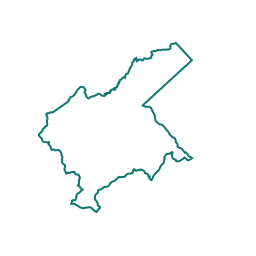 an SVG outline of North-Western, rotated 138°
{"feature_id": "ZMB-521", "entity_name": "North-Western", "entity_type": "Province", "adm_level": 1, "iso_a3": "ZMB", "parent_name": "Zambia", "parent_adm1": "", "projection": "albers", "projection_center": [25.141, -12.794], "detail": "fine", "context": "isolated", "style": "outline", "palette": "teal", "viewbox_px": 256, "rotation_deg": 138, "n_neighbors": 0, "source": "natural_earth", "source_scale": "10m", "svg_char_len": 5873}
<svg xmlns="http://www.w3.org/2000/svg" viewBox="0 0 256 256"><g transform="rotate(138 128 128)"><path d="M35.5,159.1L35.2,135.6L102.0,135.0L101.6,133.8L101.0,132.7L100.3,131.7L98.4,129.9L97.8,128.9L97.5,127.9L97.7,126.5L98.3,125.0L99.5,120.1L99.9,119.1L102.5,115.3L102.8,114.7L102.9,114.1L102.5,112.6L102.4,110.5L102.0,109.6L101.2,108.8L100.5,107.7L100.3,106.2L100.7,97.1L101.4,95.4L101.4,95.1L101.3,94.2L101.1,91.7L100.2,89.6L100.2,88.7L100.4,88.0L101.0,86.7L101.9,85.3L102.0,84.9L101.9,83.5L102.0,82.7L102.4,82.2L103.4,81.4L103.7,80.9L103.7,80.5L102.2,77.2L102.0,76.4L102.2,71.5L101.5,71.4L101.3,71.0L101.5,69.6L101.4,67.8L101.8,66.5L101.6,66.0L101.0,65.0L100.8,64.4L100.5,62.8L101.7,62.8L103.2,63.1L104.7,63.6L105.4,64.3L105.2,65.6L105.6,67.0L105.6,68.1L105.8,68.5L107.1,68.2L107.7,68.2L109.6,68.7L111.4,68.8L112.2,69.1L113.1,69.7L114.0,70.5L114.4,71.1L114.3,71.5L113.7,72.2L113.7,72.6L113.9,73.0L114.7,73.8L114.9,74.4L114.9,75.1L114.7,76.5L113.4,78.8L113.0,79.2L111.6,79.6L111.2,80.0L111.5,80.6L112.0,80.9L114.0,81.0L114.8,81.4L115.9,82.5L116.6,82.8L117.3,82.8L118.0,82.7L119.4,82.2L120.5,82.1L120.7,81.8L120.9,81.1L121.4,80.6L122.8,80.1L124.1,78.6L125.4,78.1L127.9,78.1L129.2,77.8L131.7,76.6L133.1,76.1L134.3,76.2L139.1,75.8L141.1,75.4L144.2,73.8L145.3,73.6L145.7,74.0L145.8,76.6L144.4,77.4L145.2,78.3L144.9,78.9L144.2,79.6L144.2,80.5L144.5,81.1L145.5,83.1L145.4,83.4L145.0,83.9L144.9,84.2L144.9,85.2L145.8,87.9L146.4,88.8L146.7,88.9L147.8,89.1L148.5,89.9L150.4,90.8L151.0,91.3L151.0,91.8L150.7,92.7L150.9,93.1L151.4,93.4L152.1,93.3L152.8,92.8L153.6,92.6L153.8,91.9L154.1,91.7L155.6,91.8L156.8,92.5L157.8,93.5L159.1,94.2L159.7,94.3L161.6,94.3L162.0,94.3L162.9,93.9L163.2,94.0L165.3,95.7L166.0,96.0L166.5,96.4L167.0,97.4L167.5,97.7L173.7,97.7L174.4,98.0L175.8,98.8L177.0,98.7L177.7,99.0L178.1,99.0L179.4,98.3L180.7,98.1L181.9,98.1L182.7,98.3L184.4,99.7L185.6,100.1L188.3,100.3L189.5,100.6L190.7,101.4L191.3,101.7L192.0,101.5L192.5,101.1L192.9,100.5L193.4,100.1L195.8,100.2L197.2,99.9L198.5,99.2L199.6,98.1L200.3,96.8L200.4,94.0L200.8,92.6L202.1,90.9L202.2,90.0L201.8,88.6L201.8,87.9L202.2,87.4L203.6,87.5L204.8,87.1L206.3,87.0L207.4,86.6L208.0,87.4L208.3,89.0L208.5,90.6L208.4,91.8L209.2,94.7L215.3,98.6L216.9,101.4L217.0,102.7L218.6,107.4L219.1,108.1L220.8,109.6L219.3,110.6L218.7,110.9L218.2,111.5L217.7,111.3L216.8,111.1L216.7,110.9L216.7,110.5L215.5,109.6L215.0,109.7L213.8,110.6L213.2,110.8L212.5,111.5L211.4,112.1L210.8,112.8L210.4,113.0L206.3,112.5L204.9,112.7L203.0,112.5L203.4,114.3L203.4,115.4L203.1,116.1L203.1,116.9L203.4,118.1L203.8,118.7L203.4,118.9L202.1,119.1L201.5,119.4L199.4,122.1L198.8,122.4L197.9,122.6L197.4,122.8L196.8,123.6L196.4,125.4L196.0,126.2L196.1,126.5L196.7,127.1L196.9,127.6L197.9,128.6L198.1,129.0L197.9,129.5L197.2,130.9L197.2,131.2L197.3,131.4L198.2,132.0L198.8,132.6L199.7,133.0L200.3,133.4L201.2,133.5L201.4,133.6L201.8,134.2L202.2,134.4L202.4,134.9L202.6,135.0L203.7,135.0L204.2,135.2L203.3,139.0L203.1,139.5L202.5,140.3L200.4,141.6L199.9,142.3L199.8,143.4L199.9,143.9L200.2,144.7L200.4,145.6L200.1,146.5L199.4,147.5L198.7,147.9L198.4,148.1L197.9,149.2L196.3,150.0L196.1,150.4L195.6,152.3L194.7,153.3L194.1,154.7L194.0,156.9L194.3,158.0L194.9,158.6L196.6,159.7L197.2,160.5L197.4,161.4L197.8,161.9L199.2,162.7L199.4,163.0L199.3,163.6L198.3,165.3L198.0,166.0L197.9,166.9L197.8,169.4L197.3,169.7L196.3,170.0L196.2,170.3L196.4,170.6L197.6,171.3L198.0,171.6L199.6,173.7L200.1,174.8L200.2,175.5L200.1,176.2L199.2,177.6L199.3,181.7L199.1,182.3L198.4,182.9L194.3,183.1L193.8,183.3L192.7,184.0L192.1,184.2L189.4,184.0L189.0,184.1L188.8,184.4L188.6,184.5L188.2,184.4L187.2,184.0L186.7,184.0L186.1,184.2L185.4,184.9L184.0,187.0L181.9,188.6L180.6,190.2L180.2,190.9L180.0,192.6L178.8,193.1L178.5,193.2L178.2,193.1L177.5,192.3L176.0,191.6L175.2,191.4L174.4,191.1L173.6,190.0L155.4,187.7L154.3,187.8L153.0,188.7L152.2,188.7L150.9,189.2L149.5,189.3L148.9,188.9L148.0,188.6L145.4,188.4L144.3,188.9L142.9,189.2L141.3,189.9L140.0,190.2L138.1,190.1L136.6,190.4L135.9,190.3L135.1,189.8L133.9,188.3L133.7,187.6L133.9,186.5L133.8,185.2L134.1,184.7L136.0,183.9L136.7,183.1L136.8,181.5L137.0,180.7L137.7,179.5L137.9,178.7L137.9,177.2L137.7,176.7L137.1,176.1L136.9,176.0L135.6,176.3L135.3,176.2L131.0,174.1L128.6,173.6L126.6,172.9L126.0,171.8L126.0,170.4L125.6,169.3L124.0,167.5L123.7,167.5L123.0,167.8L122.8,168.1L122.7,168.8L122.4,168.8L122.3,168.7L122.4,167.7L121.6,167.5L121.6,168.3L121.4,168.5L120.7,168.3L120.3,168.3L119.9,167.6L119.2,167.2L118.2,166.1L117.7,166.5L117.4,166.6L117.7,167.1L116.4,167.3L116.0,167.6L115.8,167.6L115.4,167.0L115.0,167.4L114.6,167.4L113.1,166.9L112.9,166.7L112.9,166.1L112.7,165.7L112.3,165.3L112.0,165.2L111.9,165.5L111.6,165.9L111.6,166.1L112.0,166.5L112.0,166.8L111.1,166.7L109.7,165.7L109.4,165.7L108.5,166.1L108.1,166.5L107.2,166.5L106.8,167.1L106.2,167.4L105.8,167.4L105.3,167.1L105.0,167.1L104.8,167.3L104.4,168.1L104.2,168.2L103.7,167.8L102.6,168.7L101.8,169.0L101.4,168.9L100.4,168.5L99.1,168.9L98.0,168.6L97.3,168.6L96.8,168.5L96.6,168.1L96.6,167.4L96.2,167.6L95.5,168.4L94.4,168.7L93.3,169.4L92.7,169.2L92.2,168.8L91.7,168.6L91.1,168.8L90.0,169.4L88.7,169.8L86.9,171.0L83.6,171.9L82.6,172.4L81.3,173.6L80.9,173.7L79.8,173.6L79.3,173.7L78.4,174.5L77.9,174.8L76.6,174.8L76.7,174.2L76.6,173.8L75.2,174.3L75.4,173.6L76.7,171.7L76.3,171.5L73.8,171.3L73.3,171.1L73.0,170.9L72.7,170.3L72.4,168.8L71.9,168.4L71.1,168.4L70.1,168.8L69.5,168.9L69.2,168.9L68.9,168.5L68.6,167.7L68.0,166.9L65.1,165.1L64.3,164.7L63.8,164.7L62.7,165.8L60.8,166.0L60.7,166.3L60.2,168.4L60.0,168.8L59.6,168.9L59.2,168.8L58.2,168.2L57.0,167.9L56.6,167.1L56.3,166.8L55.7,166.6L55.4,166.4L54.0,166.2L53.2,165.7L52.6,164.7L50.4,163.4L45.5,159.4L44.4,158.7L43.8,158.6L43.4,158.6L43.2,158.8L42.7,159.6L42.0,160.1L41.7,160.7L40.6,161.2L40.1,161.3L39.0,161.2L37.1,159.7L36.1,159.2L35.5,159.1Z" fill="none" stroke="#0f766e" stroke-width="2"/></g></svg>